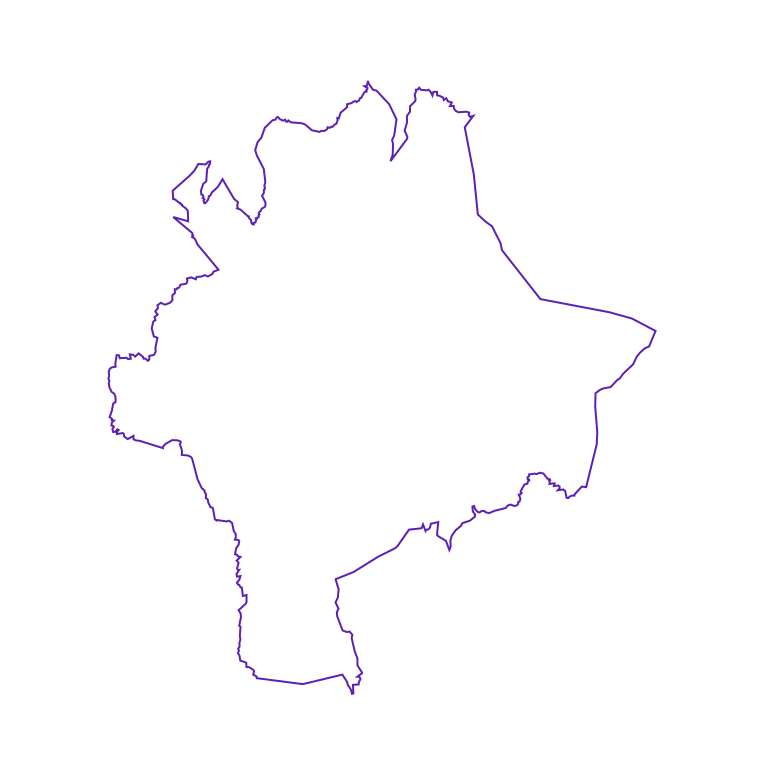 Petlalcingo, Puebla, Mexico (Albers equal-area conic projection), rotated 352°
{"feature_id": "50627088B13668938425489", "entity_name": "Petlalcingo", "entity_type": "district", "adm_level": 2, "iso_a3": "MEX", "parent_name": "Mexico", "parent_adm1": "Puebla", "projection": "albers", "projection_center": [-97.931, 18.063], "detail": "fine", "context": "isolated", "style": "outline", "palette": "violet", "viewbox_px": 768, "rotation_deg": 352, "n_neighbors": 0, "source": "geoboundaries", "source_scale": "gbopen_adm2", "svg_char_len": 6143}
<svg xmlns="http://www.w3.org/2000/svg" viewBox="0 0 768 768"><g transform="rotate(352 384 384)"><path d="M309.2,686.4L310.6,686.1L311.4,677.6L317.1,678.0L317.5,675.9L319.7,672.8L318.8,670.5L316.9,670.1L322.0,667.4L322.1,666.7L318.6,659.1L319.5,652.0L317.8,644.5L316.6,631.0L317.8,628.0L315.5,624.4L312.6,624.4L308.7,622.3L305.3,607.3L305.5,603.5L307.7,600.2L305.6,593.5L308.5,589.2L310.5,581.1L308.9,570.6L327.8,565.9L354.2,554.2L372.4,548.1L374.8,546.4L388.5,531.7L400.2,532.1L401.3,531.8L403.1,528.5L404.7,535.4L405.4,534.4L407.8,534.0L409.6,532.5L411.0,528.9L418.5,528.3L415.5,540.7L416.5,542.3L423.5,547.9L425.6,557.5L427.3,554.5L427.9,548.5L430.0,543.7L434.6,538.8L440.3,535.3L442.3,532.7L450.1,531.3L455.5,528.0L456.0,525.8L454.2,522.5L454.5,517.6L456.2,517.3L456.9,520.8L459.3,524.0L460.9,524.5L462.6,523.4L465.7,523.7L466.7,525.1L470.1,526.5L476.0,524.9L487.2,523.8L489.7,521.5L492.5,521.0L496.0,522.9L498.7,522.7L500.3,521.3L500.3,519.7L502.0,519.1L503.1,516.6L502.1,512.3L503.5,512.4L505.2,511.2L504.3,510.1L504.5,509.1L509.0,503.1L512.0,502.7L513.2,500.2L514.5,499.7L514.4,498.8L513.0,498.0L513.2,496.3L514.9,495.4L515.1,493.7L520.6,493.7L522.7,494.5L525.7,493.5L529.4,494.8L532.7,500.5L535.1,501.5L535.2,502.3L534.0,502.7L534.5,504.8L534.0,506.0L539.1,506.1L538.0,508.7L542.4,508.8L543.6,509.9L543.3,511.7L541.4,513.4L546.8,513.4L548.5,515.1L549.0,522.1L550.6,522.6L552.0,521.4L555.0,520.6L557.0,521.1L557.4,519.8L565.6,513.1L569.8,514.3L586.2,473.5L588.5,461.5L590.0,435.7L592.2,422.6L597.2,419.8L600.4,418.9L608.0,418.6L615.8,412.3L617.9,411.6L622.3,407.1L633.4,399.2L638.3,391.8L642.4,388.2L647.2,385.0L651.7,383.7L660.3,369.3L638.5,353.6L617.4,344.4L550.7,321.7L519.5,268.0L519.0,260.7L512.9,242.8L507.4,237.6L500.5,229.2L502.1,189.2L499.7,141.0L509.7,130.9L506.3,131.4L505.3,129.1L506.2,127.1L503.4,125.8L495.6,125.3L493.0,123.5L491.7,121.0L491.7,118.3L488.0,118.0L490.3,114.7L486.6,112.9L485.4,109.7L482.7,111.1L482.4,108.6L478.9,106.2L476.8,105.6L477.1,102.0L473.6,101.6L472.1,105.1L471.0,101.5L469.2,98.9L467.5,99.2L461.5,97.8L460.1,95.5L458.6,97.1L456.5,97.0L456.4,98.8L454.7,101.7L454.9,106.2L454.3,108.2L448.4,112.6L447.6,118.0L444.0,121.8L443.2,128.2L439.7,136.1L441.5,142.3L441.1,144.3L421.4,164.3L424.5,158.2L426.4,147.4L425.9,143.7L428.7,139.3L433.2,123.7L428.1,107.7L417.4,92.4L414.0,91.1L410.4,83.8L410.5,81.6L408.5,86.2L406.1,86.4L408.8,88.5L408.5,89.8L407.0,90.8L407.4,91.9L405.3,92.3L401.0,97.6L399.8,97.8L398.7,99.8L396.0,101.0L395.3,99.9L393.6,99.9L391.0,101.3L386.4,101.8L386.0,104.7L378.8,109.3L376.2,114.6L374.8,114.1L374.7,116.6L372.9,119.8L371.0,120.3L368.8,122.2L367.4,121.9L366.0,122.8L363.9,121.9L363.1,123.7L360.2,125.1L357.0,124.6L355.2,125.4L347.9,122.7L342.1,116.1L339.0,114.4L328.2,111.9L326.0,109.7L324.8,110.8L323.6,110.6L322.9,108.5L320.7,109.2L317.4,106.9L316.3,104.9L314.8,105.1L313.3,107.1L310.4,107.3L301.6,113.7L297.0,122.8L292.4,127.0L289.0,134.5L289.9,140.0L294.9,154.4L294.6,167.3L293.1,171.1L293.4,173.9L292.2,174.9L291.5,178.4L289.4,180.6L291.9,187.7L291.4,190.9L290.3,192.2L287.4,193.3L286.0,195.5L284.5,196.3L283.6,197.8L284.3,198.9L283.3,199.6L283.2,201.1L281.6,201.6L281.4,202.4L280.0,202.2L280.3,203.5L279.2,206.1L277.0,206.4L277.2,207.8L276.0,207.6L275.1,205.9L275.1,203.1L273.2,200.4L273.5,199.2L272.4,198.7L266.2,191.3L262.9,189.6L263.7,188.7L263.4,187.2L264.7,183.6L261.3,179.8L252.6,158.7L247.0,165.6L240.3,170.3L238.1,173.3L236.7,173.7L235.7,176.7L233.0,179.4L231.8,180.1L231.0,179.5L230.9,177.0L231.9,176.1L230.3,174.5L231.3,173.6L230.8,171.6L229.5,171.0L229.6,167.2L232.8,160.7L236.2,158.5L238.8,146.3L240.9,144.1L240.9,142.8L242.1,142.2L242.9,139.3L241.1,139.4L237.8,141.7L230.8,140.3L225.5,146.7L220.5,150.7L201.7,163.1L200.9,171.6L202.5,171.9L206.5,176.1L207.4,176.3L207.4,177.3L208.9,178.2L208.7,179.0L212.5,182.8L213.8,185.3L212.7,195.6L198.5,189.3L215.2,207.9L214.9,210.6L216.4,210.1L214.4,211.7L217.0,213.9L218.6,219.6L236.0,247.8L230.7,249.1L229.3,251.2L224.6,253.0L221.4,251.2L218.6,252.2L214.0,251.9L213.2,252.1L212.2,254.1L207.9,251.6L203.4,252.1L203.8,253.8L202.9,256.5L201.2,257.3L196.3,257.3L194.5,260.0L192.5,260.4L191.8,261.4L190.0,261.0L189.6,264.9L186.8,266.6L186.1,271.7L183.4,273.8L178.8,274.9L177.3,274.6L174.4,272.5L170.6,274.5L170.7,277.4L167.6,280.4L169.5,283.8L166.1,285.7L166.6,288.9L164.3,290.0L161.7,296.6L162.7,304.8L166.1,306.7L162.7,316.3L162.4,320.3L160.2,323.2L155.5,323.5L154.9,327.3L153.3,328.1L151.2,325.6L149.4,325.4L149.0,323.4L145.2,319.5L141.5,322.2L139.8,320.3L136.4,319.3L136.8,323.7L134.0,323.7L132.7,322.2L126.0,321.7L125.5,318.7L123.3,318.2L120.9,325.9L120.6,329.5L116.5,329.7L114.4,331.0L113.1,333.8L113.0,337.5L111.8,340.4L112.5,342.6L111.6,345.0L111.6,349.0L113.2,354.0L115.5,356.0L116.3,359.5L115.7,364.5L113.1,365.7L110.7,372.8L107.7,378.6L109.7,380.5L109.3,381.7L111.5,382.6L109.2,384.1L108.3,387.2L110.1,387.8L110.5,388.9L108.8,390.6L109.1,393.8L111.2,394.0L113.7,391.8L114.8,392.6L113.1,394.1L112.5,396.4L118.4,396.2L119.4,397.0L119.3,399.7L122.5,402.9L128.7,400.5L128.3,404.0L130.5,405.3L134.2,406.3L156.1,416.7L156.1,415.7L159.1,413.0L166.3,410.1L171.5,411.0L174.3,412.4L174.7,413.6L173.5,415.1L174.7,422.0L173.9,426.1L179.9,427.5L182.7,429.4L183.6,431.1L186.1,452.4L189.0,461.7L191.5,464.6L191.3,466.0L192.4,468.5L191.7,472.1L193.4,473.8L193.5,477.1L195.1,482.0L196.7,482.4L197.3,483.5L197.7,494.4L199.2,495.9L199.8,495.5L209.1,498.2L211.4,497.8L214.2,500.5L214.8,508.9L216.3,511.9L215.9,515.1L214.7,517.4L217.9,518.1L218.8,519.3L217.7,522.8L214.7,526.2L212.8,531.9L214.6,532.6L215.3,534.2L217.8,535.3L213.5,538.3L215.1,540.8L212.8,546.2L213.5,548.1L214.6,548.0L211.5,551.7L211.6,554.3L215.1,554.2L213.6,557.6L210.7,560.3L211.5,562.3L212.7,562.8L213.7,565.5L214.9,565.8L214.8,574.3L218.5,573.8L217.5,580.9L216.4,582.4L208.5,587.8L210.1,591.3L209.9,595.0L207.0,603.2L208.1,604.4L206.2,613.4L206.2,617.0L204.7,620.6L204.5,623.8L202.7,625.9L203.3,627.9L201.9,629.9L203.1,632.8L203.2,637.9L208.8,640.8L208.4,645.0L211.0,645.6L214.9,649.0L215.3,650.3L214.1,653.8L217.0,655.7L217.0,657.6L261.8,669.9L302.3,666.0L305.9,673.6L306.2,676.5L308.6,681.9L309.2,686.4Z" fill="none" stroke="#5b21b6" stroke-width="2"/></g></svg>